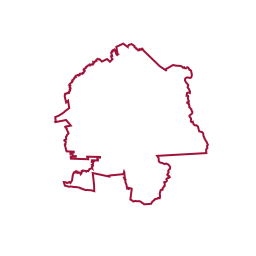 outline of Cadereyta Jiménez, Nuevo León, Mexico, rotated 314°
{"feature_id": "50627088B63245516345576", "entity_name": "Cadereyta Jiménez", "entity_type": "district", "adm_level": 2, "iso_a3": "MEX", "parent_name": "Mexico", "parent_adm1": "Nuevo León", "projection": "natural_earth1", "projection_center": [-99.908, 25.517], "detail": "fine", "context": "isolated", "style": "outline", "palette": "rose", "viewbox_px": 256, "rotation_deg": 314, "n_neighbors": 0, "source": "geoboundaries", "source_scale": "gbopen_adm2", "svg_char_len": 5783}
<svg xmlns="http://www.w3.org/2000/svg" viewBox="0 0 256 256"><g transform="rotate(314 128 128)"><path d="M179.0,164.3L179.3,163.8L179.8,163.6L182.6,164.0L183.4,163.8L184.3,163.2L184.5,162.0L185.5,160.5L185.4,160.1L185.7,158.5L185.5,157.7L186.0,157.1L186.5,156.9L187.9,154.6L187.9,154.1L187.3,154.6L187.5,153.5L187.3,153.0L187.7,152.9L188.0,153.2L189.3,153.4L189.7,153.0L189.8,152.2L190.5,151.2L191.4,150.1L192.7,149.3L192.8,148.9L191.9,147.8L192.5,147.5L192.7,147.1L194.2,146.2L195.4,146.7L196.1,148.2L197.4,147.1L198.5,144.2L198.5,142.8L199.1,142.3L200.3,141.9L200.8,141.4L201.1,138.1L201.8,136.0L202.2,135.5L203.2,134.9L204.4,134.9L205.7,135.6L207.0,137.8L208.1,138.3L209.5,137.8L210.9,136.7L213.0,133.5L213.0,132.8L212.5,131.6L213.3,129.5L212.8,128.4L211.4,128.3L210.7,127.8L210.4,127.2L210.7,126.2L209.6,125.8L209.7,124.5L209.2,122.8L205.9,118.8L204.7,116.7L196.4,114.3L195.9,116.0L194.5,107.8L194.5,85.3L195.0,83.3L194.6,83.1L194.6,82.8L194.1,82.6L193.7,82.7L193.8,83.2L193.4,83.1L192.8,82.4L192.5,81.9L192.6,81.5L191.9,81.5L191.5,81.9L190.9,81.4L191.2,80.5L190.8,79.8L191.0,79.3L190.8,79.1L191.0,78.7L190.8,78.5L191.0,77.9L190.8,77.4L190.9,76.8L190.8,76.3L191.3,75.9L191.5,75.5L191.2,74.6L191.2,73.9L190.8,72.2L190.0,72.0L189.3,71.3L188.3,70.9L187.6,71.2L186.6,70.9L186.1,71.4L185.4,66.0L178.3,63.2L173.8,69.4L173.9,69.6L172.9,69.5L173.1,68.1L173.3,67.6L173.9,67.2L174.1,65.9L174.9,65.1L175.0,64.4L174.8,64.1L174.9,63.9L174.2,63.9L174.2,63.3L173.1,63.0L172.7,63.3L172.0,63.2L172.0,63.8L170.8,63.6L170.3,63.8L170.3,64.1L170.5,64.1L170.1,64.3L168.8,66.6L167.9,66.0L166.8,68.0L166.8,69.0L163.1,69.0L163.1,65.1L157.7,63.1L157.7,59.8L157.1,59.5L157.1,59.2L156.7,58.6L156.7,58.2L155.2,57.9L154.7,58.4L154.6,58.2L154.3,58.4L153.9,58.4L153.9,58.2L153.0,58.3L152.2,57.8L152.1,58.0L151.1,58.2L150.8,58.1L150.8,57.9L150.5,58.3L150.3,58.1L150.0,58.3L149.2,58.3L149.1,58.5L148.2,57.9L148.2,57.5L147.8,57.5L147.3,56.8L146.8,56.7L146.8,56.2L146.2,56.3L146.1,56.6L145.6,56.0L145.1,55.8L143.6,55.7L142.8,55.5L142.7,55.9L142.3,56.0L141.0,55.8L140.6,55.4L139.4,55.4L139.1,55.6L139.3,56.2L139.1,57.1L138.6,56.9L138.0,57.4L137.6,57.3L136.7,57.7L136.2,57.2L135.5,57.6L135.3,57.5L135.3,57.0L134.5,56.7L134.2,56.2L133.6,55.7L133.2,55.7L132.9,56.2L132.3,56.5L131.7,55.9L131.4,55.9L131.4,55.3L131.1,54.9L130.7,55.0L129.7,54.3L128.6,54.2L128.1,54.4L128.0,55.1L126.8,54.5L126.0,54.9L125.6,54.8L125.0,55.2L123.7,54.7L123.4,54.8L123.0,55.5L122.2,55.0L122.5,55.5L122.1,55.9L121.1,55.5L118.2,55.8L118.4,56.2L118.3,57.1L117.9,57.0L117.7,57.5L117.8,57.9L117.7,57.7L117.3,57.8L116.8,57.6L116.6,58.0L116.8,58.9L116.3,59.4L115.7,59.2L115.0,59.4L114.9,59.6L115.1,59.8L114.7,60.4L113.4,60.5L113.1,60.3L112.4,61.0L112.2,60.6L111.8,60.8L111.2,60.6L110.4,60.0L110.5,59.8L109.2,59.3L109.0,59.0L108.7,59.1L108.5,59.5L108.1,59.4L106.7,60.6L103.4,65.8L106.0,65.9L101.5,71.9L96.6,71.1L94.4,71.0L88.6,69.6L85.3,68.1L82.4,71.7L81.9,71.4L81.8,71.7L90.7,77.9L90.0,85.2L88.1,84.0L86.5,82.5L85.2,82.0L84.9,82.7L85.1,84.2L84.5,84.7L82.9,88.9L82.1,89.1L80.8,88.9L79.6,89.5L78.8,89.4L76.8,91.5L76.3,91.4L75.7,90.8L74.9,90.7L74.7,91.2L74.9,92.3L74.7,93.0L73.7,93.7L72.7,93.8L72.6,94.4L72.0,94.3L68.5,100.0L73.3,105.4L72.8,105.9L70.5,103.4L69.4,104.6L70.8,106.1L69.4,107.7L71.5,110.0L71.1,110.3L67.7,106.6L66.3,108.2L77.9,121.1L79.3,119.6L78.7,118.8L79.0,118.5L87.7,128.0L87.3,128.4L85.5,126.4L84.2,128.1L83.9,127.8L83.7,128.0L84.1,128.6L83.7,128.9L81.5,126.5L81.0,126.6L81.1,126.0L79.7,124.5L78.4,125.5L79.2,126.4L78.0,127.7L76.5,127.6L76.7,128.8L76.1,128.9L75.9,129.1L75.4,128.9L75.3,129.3L74.7,129.4L74.2,130.2L74.2,129.8L72.9,129.5L71.7,128.8L69.4,129.4L68.8,128.4L67.6,128.3L67.5,127.3L66.1,125.1L65.3,125.4L64.8,124.6L63.0,126.0L61.9,126.0L62.4,125.2L62.2,123.9L61.3,123.6L60.4,122.4L61.3,121.9L60.4,121.2L60.7,120.6L59.1,120.3L58.7,120.6L58.2,120.0L55.3,121.3L51.6,124.1L48.4,124.8L48.3,123.2L47.2,123.0L46.0,122.3L45.9,121.3L45.3,120.3L44.5,119.4L42.7,122.6L44.8,126.4L46.0,127.3L47.2,128.8L47.7,129.9L48.9,130.9L51.3,134.4L51.6,134.9L51.5,135.6L52.2,136.4L52.5,138.0L53.1,138.5L53.5,139.9L54.3,141.1L55.2,141.7L56.2,143.2L57.6,144.7L59.1,147.6L63.8,142.8L71.1,133.9L80.0,148.2L80.5,147.4L82.7,149.2L82.9,149.2L83.3,149.7L91.7,156.8L93.8,155.6L93.5,156.3L93.0,156.5L92.6,157.3L92.3,157.4L91.9,157.9L91.1,159.1L90.8,159.1L90.2,159.5L90.0,159.9L89.6,159.8L89.8,160.6L89.3,160.9L89.3,161.5L88.8,161.3L88.7,162.1L87.2,163.9L86.1,166.3L83.9,169.4L84.9,169.7L84.6,170.8L84.9,171.0L85.7,170.7L86.9,172.6L86.9,172.9L78.2,179.4L78.6,180.7L78.8,182.9L80.5,183.8L81.7,185.6L83.0,186.6L83.6,187.8L84.0,189.0L83.9,190.3L84.4,191.5L84.3,192.6L89.4,197.2L92.0,196.7L93.6,196.9L94.0,196.8L94.6,197.1L95.7,196.8L96.9,197.8L98.1,198.1L98.0,198.4L98.3,198.6L98.8,198.6L99.5,199.6L99.9,199.4L99.8,198.9L100.7,198.8L101.2,198.5L102.6,196.6L105.8,194.7L106.4,194.7L107.3,195.6L107.7,195.7L108.7,194.8L110.2,194.7L111.3,194.3L111.7,194.6L113.3,193.4L114.1,191.7L114.7,192.0L115.2,192.6L116.7,192.7L117.3,192.4L117.9,191.1L118.4,191.0L119.4,191.3L119.9,191.8L120.5,191.7L121.1,192.1L121.6,192.2L122.0,191.5L121.9,190.6L121.4,189.7L121.8,188.6L122.3,188.8L123.3,188.2L124.1,188.2L124.5,187.9L124.8,187.0L125.4,186.6L126.4,186.3L127.9,186.6L129.2,185.4L129.4,184.8L129.7,182.8L129.6,181.7L129.2,181.2L129.2,180.8L128.8,180.0L127.4,179.3L126.8,177.4L125.6,175.3L125.3,174.1L125.6,173.1L127.6,171.0L128.2,168.3L164.4,201.8L166.4,199.5L167.3,199.0L168.6,199.1L170.0,197.3L171.0,197.3L171.3,197.1L171.2,196.9L171.7,196.5L171.9,195.7L172.4,194.8L173.6,190.2L174.2,189.5L174.6,188.0L176.5,185.6L176.5,184.0L175.1,181.7L175.2,181.2L177.5,177.6L177.7,177.0L177.4,175.1L176.5,174.6L176.2,173.2L176.3,172.6L177.5,170.2L176.7,170.0L176.3,169.6L176.5,168.5L177.3,167.8L178.2,167.3L178.6,166.8L179.0,164.3Z" fill="none" stroke="#9f1239" stroke-width="2"/></g></svg>